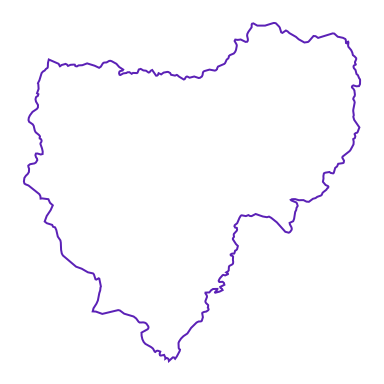 an SVG outline of Smolensk
{"feature_id": "RUS-2343", "entity_name": "Smolensk", "entity_type": "Region", "adm_level": 1, "iso_a3": "RUS", "parent_name": "Russia", "parent_adm1": "", "projection": "albers", "projection_center": [33.375, 54.744], "detail": "fine", "context": "isolated", "style": "outline", "palette": "violet", "viewbox_px": 384, "rotation_deg": 0, "n_neighbors": 0, "source": "natural_earth", "source_scale": "10m", "svg_char_len": 5815}
<svg xmlns="http://www.w3.org/2000/svg" viewBox="0 0 384 384"><path d="M40.8,154.5L42.6,154.0L42.7,151.5L42.0,148.4L40.4,143.9L40.6,143.0L41.2,142.2L41.6,140.9L41.5,140.2L40.9,139.1L39.7,138.5L39.6,137.8L40.0,136.7L39.9,136.2L39.0,135.0L35.7,132.3L34.8,130.6L33.7,125.9L32.8,124.4L29.1,121.8L28.5,120.1L28.8,117.8L29.9,115.4L32.5,111.9L36.9,108.9L37.9,107.5L38.0,105.0L36.0,101.6L35.5,99.3L36.0,97.2L37.9,95.8L38.4,94.2L37.0,93.3L38.6,88.9L38.3,84.1L37.9,83.3L39.4,80.3L41.6,73.1L43.0,71.5L44.6,70.6L46.0,68.9L47.5,67.9L47.8,67.1L48.0,62.8L48.8,59.5L58.6,63.8L59.9,66.3L60.3,66.2L61.4,65.1L65.6,63.9L67.1,64.7L68.0,65.9L70.6,64.8L73.9,64.6L74.8,64.7L75.4,66.1L76.9,66.4L78.6,65.4L82.3,65.2L87.1,63.4L94.6,65.7L99.1,67.8L100.8,66.7L102.9,63.3L104.0,62.6L106.6,62.4L109.2,60.9L110.4,60.8L111.7,61.2L116.4,63.8L119.2,67.0L123.2,69.6L122.6,70.5L120.2,71.1L119.5,71.6L119.2,72.4L119.1,73.5L119.6,74.8L120.4,75.0L123.3,73.4L126.4,73.0L127.4,72.3L129.4,72.2L131.7,73.8L133.0,72.9L136.9,73.1L137.6,72.6L138.8,69.5L140.7,68.9L143.3,70.4L146.0,70.7L148.5,72.5L149.5,72.3L150.8,70.7L152.2,70.0L156.1,75.7L156.9,75.7L157.8,75.1L158.6,73.2L161.2,74.4L163.6,72.6L167.3,71.9L168.3,72.0L170.1,73.0L171.1,74.8L175.0,75.6L176.8,74.9L177.4,75.2L179.0,76.6L183.8,79.5L184.7,79.1L185.8,77.2L186.6,76.6L187.4,76.6L189.6,77.7L194.2,76.5L198.7,78.0L200.0,77.8L201.9,76.5L202.6,74.9L202.9,72.7L203.4,71.7L204.3,71.1L209.5,69.6L214.8,70.6L215.8,70.3L217.0,69.2L217.2,68.2L218.0,66.6L224.3,63.9L225.1,63.1L226.7,59.6L228.3,58.4L228.8,57.0L228.9,56.1L230.0,55.1L233.8,53.5L235.2,51.8L236.0,49.9L236.8,45.8L236.6,44.5L234.6,41.0L235.3,39.6L237.7,39.9L240.7,39.5L245.6,41.9L247.2,41.7L247.8,40.7L247.9,39.2L247.1,35.8L247.3,34.0L248.4,31.8L251.6,27.3L251.7,24.4L252.1,23.7L253.4,23.4L257.3,25.6L265.1,25.6L273.5,23.0L274.9,23.0L276.0,23.4L279.2,26.7L279.8,27.7L281.2,32.3L282.4,32.9L285.9,30.5L287.6,31.4L289.4,33.1L296.0,36.9L298.7,39.3L304.4,42.5L307.9,42.0L308.9,41.3L313.5,36.0L315.6,36.2L318.1,37.9L332.7,33.4L334.3,33.6L337.7,36.7L342.9,37.8L345.3,39.0L345.8,40.0L346.0,43.0L346.7,43.3L347.7,41.8L348.2,41.7L348.4,42.4L348.1,45.6L348.4,46.8L351.2,50.2L352.3,52.6L352.9,55.1L354.8,56.6L356.2,58.2L356.2,59.3L355.0,62.0L355.0,63.0L355.8,64.3L355.7,64.6L353.8,65.6L353.5,66.8L353.9,68.2L355.5,70.0L356.5,74.0L357.9,75.2L359.1,78.1L360.0,79.4L360.1,80.2L360.0,84.1L359.0,86.1L356.4,86.3L353.4,85.4L352.4,85.9L351.9,86.9L352.0,87.5L353.3,88.7L354.4,90.5L354.9,94.5L354.7,96.0L353.7,97.4L353.2,99.0L354.4,101.1L354.7,102.5L353.3,109.6L353.2,110.9L353.8,115.2L353.3,116.8L354.2,119.9L359.4,127.4L357.6,132.1L357.1,132.7L355.9,133.0L354.7,133.8L354.6,134.3L355.1,135.4L355.3,136.6L354.8,138.1L353.2,139.1L353.7,141.8L353.5,144.4L350.6,149.8L349.6,151.1L342.6,156.6L342.3,157.7L344.0,160.7L343.7,162.6L343.0,163.1L338.2,163.8L337.1,166.4L335.2,167.9L333.8,172.8L333.1,173.4L330.6,172.9L329.5,172.0L325.2,172.7L323.9,173.4L323.4,176.0L323.5,178.6L322.9,181.8L325.6,185.0L328.0,186.1L328.4,186.7L328.2,187.6L327.2,188.4L326.4,189.7L322.7,192.6L321.7,194.9L320.8,195.6L317.3,196.8L315.5,198.1L312.9,198.8L308.9,201.8L306.4,201.6L303.5,200.1L298.8,200.2L295.1,199.1L292.0,199.2L290.8,199.9L291.4,200.5L296.4,202.5L297.0,203.6L297.7,205.9L296.5,207.9L296.2,210.0L295.2,211.9L294.1,218.8L293.2,221.2L289.6,222.9L289.9,224.4L291.5,227.4L291.8,229.0L291.4,230.2L290.0,232.0L288.8,232.7L285.3,231.8L276.8,222.3L271.3,217.9L269.0,216.6L267.0,217.2L262.9,216.5L255.6,214.0L251.6,216.1L250.0,216.0L248.4,215.1L245.9,216.1L241.7,215.3L240.8,215.7L239.5,217.8L237.2,223.2L234.8,225.1L234.4,226.2L235.2,227.6L236.8,227.9L237.1,229.7L236.7,230.8L233.9,233.9L233.7,234.9L234.0,236.8L232.9,238.4L232.9,239.3L236.0,244.1L237.9,246.0L237.1,249.1L236.3,250.1L235.1,250.7L234.5,253.0L234.1,253.6L232.1,253.6L230.7,254.4L230.6,254.9L231.0,255.5L232.6,256.0L233.1,256.7L232.9,259.8L233.2,261.9L233.0,263.6L232.1,264.5L229.4,265.9L228.9,266.9L228.7,270.4L228.0,271.3L226.2,272.4L227.9,273.6L227.9,274.2L225.2,275.4L223.4,274.9L222.6,275.2L219.8,278.4L218.7,280.6L218.9,281.5L219.4,282.0L222.6,281.8L223.9,282.9L224.4,284.8L220.2,286.9L220.5,287.8L221.9,288.8L222.6,290.1L219.6,291.6L215.3,292.7L215.0,292.5L215.1,292.1L217.3,289.6L217.4,288.9L213.1,289.0L211.2,290.2L209.4,292.4L205.5,292.6L205.4,293.3L206.8,295.5L207.0,296.9L205.5,300.8L205.4,301.8L206.0,303.0L208.1,305.0L208.2,306.0L207.8,307.7L208.2,308.0L208.6,309.4L208.2,310.2L206.4,311.5L203.9,312.0L202.4,312.7L202.2,313.4L202.9,317.2L201.8,320.8L200.9,321.4L198.6,321.5L196.6,322.5L191.1,327.9L187.4,333.5L183.4,336.2L181.0,338.6L179.1,341.5L178.5,343.0L178.7,347.8L178.9,348.6L180.0,349.6L179.7,351.0L176.8,356.5L175.1,358.8L173.9,357.4L172.8,357.4L168.9,361.0L168.7,359.5L167.9,358.5L166.7,357.9L165.3,358.8L165.4,357.7L164.1,354.9L160.8,355.6L160.0,355.3L159.6,353.9L160.3,351.6L157.8,350.7L156.5,350.9L155.3,352.0L154.7,351.7L153.0,348.6L151.3,347.2L145.4,343.9L143.7,342.0L142.4,339.3L141.6,335.8L141.5,332.6L147.7,329.2L148.3,328.3L148.5,327.4L148.3,326.4L146.4,323.6L144.9,322.7L143.4,322.4L139.6,322.5L138.6,321.8L136.2,318.5L133.6,316.5L124.2,313.7L119.9,310.5L118.2,310.1L102.3,313.9L95.9,311.6L92.7,311.4L93.5,308.3L96.5,303.6L97.9,300.4L99.3,293.1L100.2,290.4L100.5,287.5L100.9,286.5L99.3,278.7L98.7,278.3L96.4,279.6L95.5,279.3L93.9,274.4L93.0,273.4L87.9,272.3L81.7,268.7L76.1,266.7L62.9,255.5L61.8,253.5L61.1,249.9L60.8,242.5L60.4,240.4L57.8,236.6L56.3,230.0L55.1,227.4L53.0,226.7L52.2,224.9L46.8,223.2L44.7,221.5L46.7,216.0L50.6,210.2L52.8,205.3L50.0,202.8L48.4,199.2L42.2,198.4L40.6,198.6L40.4,196.2L39.4,194.2L28.5,185.5L25.5,184.3L24.4,183.5L23.9,181.4L24.4,177.9L25.9,175.7L27.7,174.0L28.9,172.0L29.1,168.8L28.4,166.9L28.3,165.6L30.1,164.2L34.5,163.4L35.9,162.5L37.3,160.1L37.0,158.6L36.0,157.2L35.4,155.1L35.9,153.6L37.4,153.5L40.8,154.5Z" fill="none" stroke="#5b21b6" stroke-width="2"/></svg>